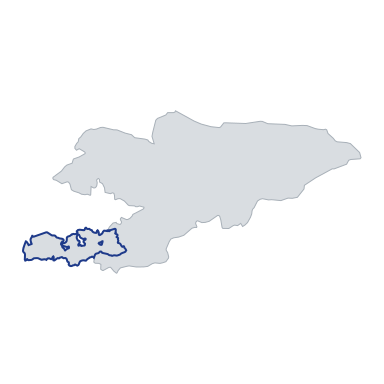 where Batken sits in Kyrgyzstan
{"feature_id": "KGZ-1119", "entity_name": "Batken", "entity_type": "Region", "adm_level": 1, "iso_a3": "KGZ", "parent_name": "Kyrgyzstan", "parent_adm1": "", "projection": "equal_earth", "projection_center": [71.05, 39.853], "detail": "fine", "context": "in_parent", "style": "outline", "palette": "blue", "viewbox_px": 384, "rotation_deg": 0, "n_neighbors": 0, "source": "natural_earth", "source_scale": "10m", "svg_char_len": 8600}
<svg xmlns="http://www.w3.org/2000/svg" viewBox="0 0 384 384"><path d="M76.8,231.1L77.8,230.5L81.0,229.8L87.5,229.2L89.8,229.7L94.2,232.4L97.6,232.0L98.3,232.4L99.6,234.7L104.3,231.3L107.7,230.3L109.4,227.0L113.1,223.0L116.2,222.4L116.3,223.0L116.9,223.6L120.1,224.5L121.1,223.5L121.6,222.0L120.4,219.7L120.4,218.8L121.4,217.4L126.5,219.6L127.7,219.5L130.0,218.3L132.1,216.1L132.9,214.4L143.3,209.0L144.0,208.0L143.9,207.2L139.5,206.0L137.5,206.7L135.7,206.7L134.6,205.9L129.2,205.6L128.1,205.0L124.5,201.1L120.1,198.6L118.0,198.7L115.5,199.7L114.7,199.3L114.5,195.5L113.9,193.3L112.4,192.8L110.5,193.7L105.1,192.4L104.5,187.8L102.5,183.7L99.6,182.0L99.5,179.5L98.5,178.5L97.7,178.8L96.6,180.0L97.2,182.8L96.8,185.5L96.1,186.9L94.9,187.9L93.5,187.9L91.1,186.5L90.7,194.8L90.2,195.3L87.3,194.2L85.0,194.7L81.5,194.2L78.9,192.8L73.8,191.2L71.4,189.7L70.0,184.2L68.6,182.2L67.2,181.8L61.9,183.7L56.3,180.3L53.6,179.6L52.9,178.6L53.0,177.3L61.4,171.1L64.7,166.9L66.8,165.1L72.1,163.2L73.3,159.3L73.7,158.9L79.1,157.0L85.1,153.6L85.2,152.7L84.6,151.9L79.2,148.7L76.5,150.2L74.9,148.4L74.9,146.5L76.7,143.4L78.2,141.8L78.8,138.7L81.0,136.7L83.2,133.5L86.0,130.9L91.0,128.9L93.8,129.5L96.4,129.1L100.5,127.5L103.0,127.3L113.5,129.8L117.0,129.9L125.1,133.1L131.5,134.7L134.7,137.7L144.9,139.1L147.8,140.0L148.8,141.5L151.7,143.3L154.2,143.8L152.0,136.4L152.8,132.1L155.8,120.2L157.5,118.4L165.8,115.0L167.7,112.6L173.6,112.6L174.9,112.1L175.5,110.8L194.2,121.1L201.3,124.1L211.0,126.7L219.2,127.6L220.6,127.0L223.8,122.9L225.3,122.8L245.7,123.5L260.2,121.3L262.3,121.4L267.8,123.7L285.0,124.4L291.8,125.9L302.5,125.4L307.1,125.6L315.3,128.6L318.2,129.2L323.5,129.7L325.5,129.2L326.7,129.8L328.0,133.5L333.3,138.3L335.2,140.8L337.1,141.8L346.7,142.6L350.4,143.6L359.6,152.5L361.0,157.7L360.1,158.8L350.7,159.5L348.7,160.3L346.6,164.2L334.1,168.9L332.3,168.8L315.7,177.8L304.4,185.3L304.0,189.0L297.4,197.3L292.3,198.3L288.0,198.1L280.9,200.6L271.7,199.7L268.5,199.9L262.5,198.7L260.1,199.3L257.5,201.0L254.1,207.7L252.7,209.2L252.1,210.7L251.7,214.0L250.4,217.4L247.5,222.6L245.0,225.0L242.6,226.5L240.7,223.4L237.6,225.6L234.6,225.1L232.9,225.8L228.8,228.5L222.8,228.4L222.1,227.5L220.8,219.9L219.7,216.3L218.8,215.5L217.7,215.4L209.2,221.3L205.2,222.4L201.9,222.6L197.6,220.8L196.6,221.2L195.9,222.2L195.6,223.4L196.9,226.8L196.6,227.5L194.7,227.4L192.0,228.2L183.8,235.3L178.6,237.1L173.7,237.8L170.8,239.1L169.2,241.7L166.1,249.0L166.3,250.5L167.6,252.5L168.7,256.9L168.5,258.1L165.9,261.7L162.6,262.8L160.0,263.4L154.9,262.9L152.4,263.6L147.7,266.4L143.7,266.9L136.4,267.0L129.1,265.9L126.8,266.3L120.4,267.9L118.2,270.5L117.0,272.9L116.4,273.2L113.8,271.1L110.6,267.3L108.9,267.4L103.2,270.5L102.3,270.4L100.7,269.2L100.9,264.4L99.0,263.4L95.1,263.2L93.8,262.1L94.2,259.1L93.7,257.9L92.7,257.0L90.7,257.3L86.6,259.8L81.8,260.7L80.1,261.5L78.3,264.9L71.9,265.6L69.8,264.8L65.9,258.6L62.6,257.7L59.2,257.9L54.6,259.5L53.5,258.2L52.3,257.8L51.3,258.9L45.7,259.1L39.9,258.9L36.7,258.2L34.6,258.3L30.3,260.0L25.2,260.3L24.7,254.5L23.1,250.6L24.7,244.2L25.6,242.1L29.5,244.5L30.9,244.1L31.2,242.9L30.6,240.0L32.6,236.9L46.1,232.6L61.1,238.9L63.1,242.9L64.4,242.7L66.5,240.9L67.1,237.5L70.0,235.5L76.5,233.2L76.8,231.1ZM84.5,245.2L84.8,244.7L83.7,241.7L85.2,238.9L82.1,238.4L80.6,237.6L78.9,234.8L78.3,234.7L77.4,235.4L76.9,237.3L77.3,239.3L79.5,241.2L78.5,245.1L83.0,245.6L84.5,245.2ZM68.8,248.0L68.7,247.1L67.7,246.8L62.1,245.6L62.3,246.4L64.4,249.4L66.1,249.6L68.8,248.0ZM102.3,242.9L102.6,241.1L99.2,242.1L98.9,243.1L100.0,244.2L101.5,244.6L102.3,242.9Z" fill="#d9dde1" stroke="#a8b0b8" stroke-width="1"/><path d="M109.2,231.2L109.6,231.1L109.8,230.7L109.7,230.3L109.5,230.2L110.6,230.1L112.1,229.6L114.8,228.8L115.3,228.9L115.6,229.2L115.8,229.8L115.8,230.2L115.6,231.0L115.6,231.4L115.7,231.7L115.9,232.2L115.8,232.5L115.6,232.8L115.3,233.0L115.2,233.2L115.2,233.4L115.5,233.7L116.8,234.3L117.3,234.6L117.5,235.0L117.5,235.6L117.3,236.1L116.7,236.7L116.6,236.9L116.6,237.1L117.6,237.6L117.9,237.8L118.1,238.1L118.1,238.5L118.0,238.8L117.9,239.1L117.9,239.4L118.0,239.8L118.3,240.5L118.3,240.9L118.2,241.3L118.0,241.6L117.9,242.0L117.8,242.3L117.9,242.6L118.0,242.9L118.3,243.0L119.1,243.2L119.6,243.4L120.1,243.7L120.4,244.0L120.7,244.5L121.2,245.5L121.9,246.5L122.4,246.8L122.7,246.7L123.2,246.3L123.5,246.2L123.9,246.3L124.1,246.5L124.3,247.4L124.4,247.8L124.8,248.2L125.5,249.0L126.2,250.3L125.8,250.8L125.7,251.3L125.5,251.5L125.4,251.7L125.1,251.9L124.0,252.4L122.5,252.9L121.0,253.6L120.2,254.4L119.8,254.6L119.4,254.8L118.4,255.1L117.7,255.4L116.6,255.6L114.6,255.3L113.6,255.4L113.1,255.5L112.5,255.8L112.2,255.8L111.8,255.8L111.2,255.4L110.5,255.4L110.1,255.3L109.4,255.2L109.0,255.0L108.3,254.5L108.1,254.3L107.9,254.2L107.4,254.0L102.8,253.0L102.3,252.8L101.9,252.6L101.7,252.3L101.5,251.8L101.2,251.6L100.8,251.5L100.3,251.5L99.9,251.7L99.6,251.9L99.3,252.4L98.9,252.7L98.4,253.1L96.0,253.7L95.2,254.4L94.6,255.7L94.5,256.0L94.2,257.1L93.9,257.8L93.4,257.3L92.4,256.7L91.8,256.7L90.7,257.3L89.9,257.4L89.6,257.5L89.3,257.7L88.9,258.2L88.7,258.3L87.6,258.9L87.2,259.3L86.2,260.4L85.9,260.7L85.5,260.7L83.7,260.3L82.4,260.4L81.1,260.8L80.1,261.4L79.4,262.6L79.0,263.9L78.4,265.0L77.4,265.6L76.5,265.3L75.8,264.8L75.1,264.5L74.5,264.8L74.1,265.2L73.9,265.3L73.6,265.3L73.1,265.3L72.8,265.4L71.8,266.0L70.9,266.1L70.0,265.9L69.2,265.4L68.7,264.6L68.7,264.1L68.9,263.5L68.9,263.0L68.8,262.4L68.5,262.1L67.7,261.8L67.4,261.5L66.8,259.5L66.4,258.7L65.6,258.1L65.1,258.0L63.9,258.2L63.4,258.2L63.0,257.9L62.3,257.3L61.9,257.1L61.3,257.2L60.3,257.6L59.8,257.7L59.5,257.8L59.3,258.0L59.2,258.2L59.0,258.4L58.7,258.4L58.0,258.2L57.7,258.1L57.3,258.3L54.5,260.4L54.0,260.5L53.4,260.3L53.4,259.7L53.7,258.2L53.7,257.5L53.6,256.8L53.3,256.4L52.8,256.8L51.9,258.7L51.7,259.0L51.1,259.2L50.6,259.0L49.6,258.4L49.0,258.3L48.3,258.3L47.6,258.5L47.1,258.9L46.6,259.6L46.4,259.9L45.4,259.4L44.2,259.3L41.7,259.8L40.5,259.4L39.2,258.7L38.0,258.2L36.8,258.1L34.0,258.3L33.5,258.5L32.5,259.4L31.9,259.7L31.4,259.9L30.8,260.0L30.1,260.0L28.7,260.2L28.1,260.0L27.3,259.2L27.2,259.1L26.9,259.2L26.8,259.5L26.7,259.8L26.5,260.1L25.3,260.6L24.8,259.6L25.0,254.8L24.9,254.0L24.7,253.3L24.3,252.8L23.7,252.3L23.3,251.8L23.0,251.0L23.2,249.4L23.5,247.8L25.0,243.5L25.6,242.1L25.7,241.7L25.8,241.4L26.3,241.5L27.2,242.5L28.6,245.1L31.6,244.0L31.6,243.5L30.9,242.2L30.9,241.9L30.9,241.6L30.8,241.4L30.7,241.1L30.5,239.8L30.7,238.8L31.2,237.9L31.8,236.9L31.9,236.7L32.1,236.0L32.2,235.8L32.5,235.8L32.8,236.5L33.0,236.7L33.5,236.7L34.0,236.6L46.2,232.3L47.3,232.4L51.7,235.3L52.4,235.5L53.9,235.4L54.6,235.5L55.3,235.8L55.7,236.3L56.1,236.9L56.6,237.4L57.2,237.7L58.3,237.8L59.4,238.4L61.9,238.7L62.7,239.0L63.4,239.5L63.7,240.2L63.3,241.1L62.8,241.5L62.3,241.7L61.8,242.1L61.4,242.7L61.1,243.4L61.0,244.1L61.2,244.7L61.9,244.9L62.2,244.5L62.4,243.6L62.6,243.3L63.0,243.1L64.3,243.1L65.0,242.8L65.6,242.4L66.1,241.9L66.6,241.1L66.8,239.7L66.8,238.4L66.9,237.4L67.8,236.6L69.7,236.0L70.2,235.7L71.4,234.7L71.6,234.4L71.8,234.3L72.0,234.3L72.1,234.5L72.7,234.2L72.9,234.0L73.3,233.9L75.0,234.2L75.9,233.9L77.0,233.1L77.5,232.2L76.8,231.2L78.0,230.0L79.8,229.7L83.4,230.2L84.3,230.1L84.8,229.4L85.0,228.5L85.5,227.8L86.0,227.7L86.3,227.9L86.6,228.3L86.9,228.7L87.3,228.9L87.8,229.0L88.8,228.9L89.4,228.9L90.4,229.8L91.8,230.2L92.1,230.7L92.3,231.3L92.9,231.9L93.5,232.3L94.2,232.6L95.7,232.9L96.5,232.8L96.7,232.3L96.8,231.6L97.0,230.8L97.6,230.3L98.1,230.8L98.5,231.7L98.8,232.6L98.8,234.2L99.0,234.8L99.6,235.1L100.0,235.0L101.6,234.0L102.1,233.5L102.5,233.0L103.0,231.7L104.0,230.7L105.1,230.7L106.3,231.0L107.6,231.1L107.9,230.9L108.1,230.9L108.4,231.0L108.7,231.1L109.2,231.2ZM83.6,239.2L83.4,239.1L83.2,239.0L81.4,238.2L80.6,237.7L80.0,237.0L79.6,235.9L79.1,234.9L78.4,234.4L77.4,235.0L76.9,236.2L76.7,237.0L76.7,237.6L76.8,238.3L77.6,240.0L77.9,240.5L78.3,240.7L79.2,240.9L79.5,241.2L79.7,242.4L78.3,244.5L78.4,245.5L78.8,245.7L79.2,245.4L79.7,245.0L80.0,244.8L80.6,244.8L80.7,245.1L80.8,245.6L81.2,245.9L81.6,246.0L83.1,245.6L84.1,245.6L84.6,245.4L84.9,244.9L85.0,243.6L83.6,242.2L83.5,241.1L84.0,240.6L85.5,239.6L85.7,239.0L85.4,238.6L85.0,238.5L84.3,238.7L84.1,238.8L83.7,239.1L83.6,239.2ZM62.6,245.7L62.1,245.7L62.1,246.3L62.3,247.0L62.7,247.6L63.8,248.3L64.1,248.7L64.9,250.2L65.1,250.4L66.7,249.1L67.6,248.6L68.6,248.4L68.9,248.1L69.0,247.4L68.8,246.6L68.4,246.5L67.4,247.0L66.3,246.9L62.6,245.7ZM101.1,244.9L101.6,244.8L101.9,244.3L102.6,241.7L102.5,241.3L101.7,241.5L100.6,242.4L100.0,242.7L99.2,242.7L98.7,243.3L99.1,243.9L99.7,244.4L100.3,244.7L101.1,244.9Z" fill="none" stroke="#1e3a8a" stroke-width="2"/></svg>